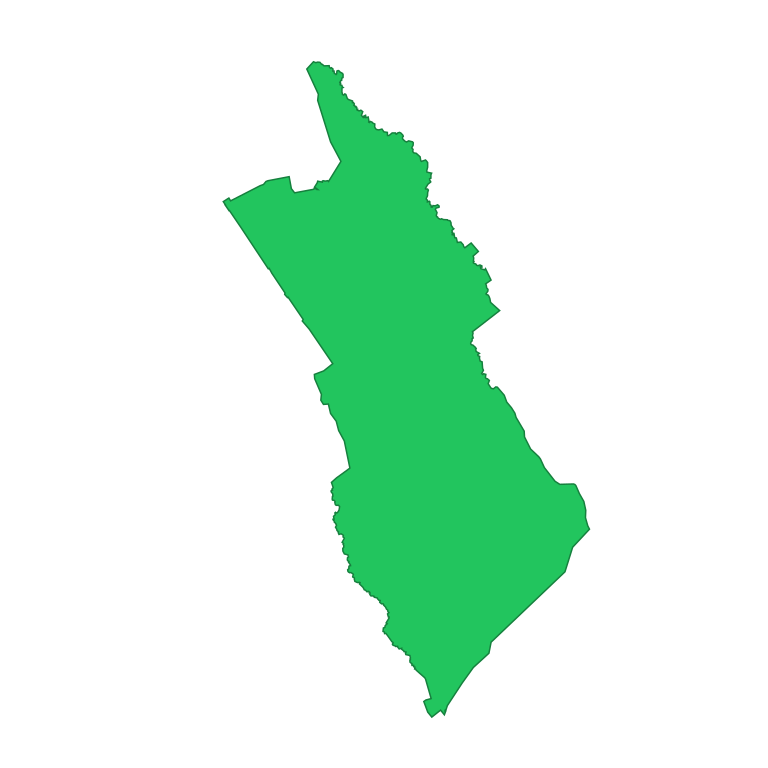 the district of Elejas pag., Jelgava, Latvia, rotated 320°
{"feature_id": "27541924B1906845824135", "entity_name": "Elejas pag.", "entity_type": "district", "adm_level": 2, "iso_a3": "LVA", "parent_name": "Latvia", "parent_adm1": "Jelgava", "projection": "albers", "projection_center": [23.711, 56.427], "detail": "fine", "context": "isolated", "style": "filled", "palette": "green", "viewbox_px": 768, "rotation_deg": 320, "n_neighbors": 0, "source": "geoboundaries", "source_scale": "gbopen_adm2", "svg_char_len": 6164}
<svg xmlns="http://www.w3.org/2000/svg" viewBox="0 0 768 768"><g transform="rotate(320 384 384)"><path d="M217.6,676.2L221.0,674.3L220.5,673.6L221.5,673.1L221.8,673.6L225.8,671.1L251.7,663.3L270.2,658.6L291.3,657.7L300.1,650.6L401.9,644.2L423.6,630.3L448.1,627.3L448.9,623.7L452.4,615.9L457.4,610.4L461.6,602.4L463.2,593.6L465.7,585.1L465.6,583.6L464.9,582.4L454.2,573.9L452.5,568.5L453.1,551.2L455.6,542.1L455.8,539.4L454.5,528.1L457.6,514.9L461.1,510.2L463.7,494.5L465.5,490.5L466.4,484.0L466.4,476.8L468.9,469.9L468.8,459.3L467.8,458.1L464.7,458.0L463.5,456.4L463.4,455.3L464.0,450.7L467.0,449.0L466.6,446.5L465.8,445.4L465.8,444.3L468.2,442.1L466.9,440.2L465.8,440.3L465.5,438.8L469.0,437.4L469.6,435.4L473.4,430.1L472.4,428.2L473.7,425.6L475.0,424.4L474.2,422.7L474.7,421.7L476.8,421.9L475.5,418.4L476.3,416.7L477.4,416.1L477.2,415.4L477.6,415.0L477.1,411.3L476.1,410.0L476.4,408.7L477.5,407.8L479.2,407.6L480.8,405.8L481.9,406.1L483.0,403.7L485.0,402.2L485.3,400.8L519.8,402.1L518.1,390.0L520.0,386.6L520.8,384.2L520.9,382.6L519.9,381.2L520.1,380.5L523.3,379.6L524.5,378.3L524.4,376.4L525.9,374.0L526.2,372.6L532.8,373.2L535.9,360.9L534.5,361.3L532.3,357.9L533.1,356.3L534.1,357.4L534.9,356.4L534.0,354.5L532.0,353.7L531.3,352.6L531.5,351.2L530.3,348.9L530.9,347.9L531.7,347.9L531.7,347.1L533.7,345.2L534.5,343.3L541.5,343.1L541.4,332.0L533.5,331.6L533.4,330.0L534.2,328.2L534.1,324.6L531.2,322.7L533.3,318.6L532.2,317.4L534.4,313.6L534.0,313.2L532.8,314.2L532.2,313.4L533.3,312.7L533.5,311.6L534.0,311.7L534.6,310.1L537.2,310.0L537.0,309.5L537.5,305.6L539.1,303.3L539.5,301.3L538.0,299.5L538.1,298.9L535.2,296.2L534.3,294.4L533.0,294.0L532.1,291.9L532.4,290.4L531.9,289.7L532.4,288.5L534.8,286.8L535.6,283.2L537.0,282.7L539.7,284.0L540.6,283.2L540.3,281.2L537.7,280.4L536.2,278.8L534.7,279.5L533.9,278.9L534.9,277.4L534.6,276.0L536.3,273.7L536.2,273.1L534.3,272.4L535.2,271.4L535.4,270.5L535.1,269.8L535.5,269.1L538.3,267.8L540.5,265.4L542.6,264.0L542.7,262.7L541.2,261.3L541.6,260.7L546.1,259.2L549.6,259.3L549.9,258.9L550.0,257.3L550.9,256.0L552.2,256.5L554.4,253.9L556.0,253.1L553.1,249.3L553.8,248.1L556.8,246.0L559.8,242.4L559.9,240.4L559.8,239.1L555.7,237.5L555.8,236.4L557.7,233.2L557.0,228.0L555.5,226.3L555.4,224.4L557.1,222.9L556.9,221.5L557.2,220.9L559.8,219.8L561.5,218.0L561.5,216.8L559.2,213.6L556.8,213.1L556.1,211.4L555.8,208.1L557.0,206.7L557.9,206.7L558.4,205.7L558.3,202.8L557.7,201.3L556.0,200.5L554.2,200.7L553.8,200.2L554.2,199.1L551.6,196.9L547.7,196.9L546.4,195.9L548.3,193.4L546.0,190.8L546.3,187.4L543.3,186.0L541.9,184.3L541.7,183.1L542.0,181.2L544.1,178.9L543.2,177.1L543.2,175.8L542.3,174.1L540.9,174.3L540.6,173.5L541.6,172.7L543.5,169.3L541.4,168.4L542.6,166.3L540.7,165.8L540.5,167.3L539.4,166.6L539.4,163.7L542.8,161.7L542.3,159.4L540.5,158.8L539.7,157.3L540.3,156.7L539.6,156.3L540.9,154.6L540.5,154.1L540.9,153.5L540.3,153.0L540.5,152.3L540.0,151.2L541.3,150.4L541.5,148.7L540.7,148.2L541.8,146.9L539.5,143.0L539.5,141.5L540.9,137.7L540.5,136.6L538.8,136.8L538.3,135.5L539.1,134.4L539.1,133.7L542.1,130.2L543.3,130.6L543.1,129.7L543.7,128.0L542.7,126.9L543.1,126.0L543.9,126.0L544.3,125.3L544.0,124.6L546.0,123.8L546.7,124.2L548.3,122.6L549.6,122.9L551.6,120.6L551.9,119.5L550.8,116.6L550.9,115.5L550.4,114.4L549.1,114.0L547.1,116.0L546.2,116.1L545.7,113.9L546.9,112.1L546.0,111.4L547.4,109.9L547.0,107.9L545.9,107.6L545.9,106.1L546.6,104.9L542.6,101.8L542.2,99.4L541.7,98.9L541.7,96.4L540.1,94.8L538.3,94.0L537.1,91.8L527.3,93.1L520.0,119.8L515.5,124.1L498.7,164.2L494.1,185.8L471.7,193.2L471.6,192.1L469.5,190.9L468.0,189.1L467.1,189.0L466.5,189.7L463.6,186.0L462.1,187.0L457.4,188.5L458.3,192.5L457.5,191.8L456.9,188.9L455.4,189.7L438.4,180.1L438.6,174.8L444.6,164.2L425.8,153.7L423.8,153.0L419.9,153.7L416.7,152.5L384.2,145.1L384.7,141.8L378.1,141.0L377.7,144.8L377.4,144.7L376.7,151.7L377.1,151.8L375.0,172.4L369.4,221.4L370.4,221.6L369.3,227.0L366.7,250.6L365.5,251.5L365.6,255.8L366.3,255.9L363.6,282.6L361.9,283.2L362.0,293.8L357.8,335.5L346.2,335.2L336.8,331.9L334.3,335.4L329.4,351.7L325.2,355.8L324.5,360.7L328.5,363.6L324.1,372.3L323.5,381.8L319.3,390.6L317.0,402.1L303.8,426.5L287.4,425.4L280.5,425.6L278.5,430.7L276.5,431.1L276.3,432.2L274.7,431.9L274.2,432.8L274.1,435.2L272.7,437.1L272.2,437.0L270.3,438.9L269.9,439.8L271.0,441.1L271.0,442.7L270.2,443.1L269.2,445.1L269.4,446.2L271.2,447.7L271.2,449.4L268.5,451.7L265.8,452.6L264.8,452.4L264.4,451.1L263.5,451.2L262.7,452.8L260.3,452.9L258.9,455.4L258.0,454.8L257.7,455.2L257.7,457.3L257.1,458.0L257.4,459.0L257.1,460.2L257.3,460.5L256.7,461.8L254.8,462.5L254.4,465.1L253.8,466.0L254.1,468.1L253.4,468.4L252.8,470.3L254.9,471.2L255.6,473.8L254.3,474.8L254.6,475.9L254.4,476.7L250.1,478.4L250.5,480.2L249.5,480.7L249.5,481.7L248.2,483.2L246.8,483.4L245.1,485.6L244.4,488.7L246.5,491.7L245.6,493.7L244.4,493.6L242.9,495.1L242.6,495.9L243.0,497.4L242.3,497.7L242.0,501.1L241.6,501.7L240.5,501.0L239.6,501.4L238.4,502.9L236.8,502.9L236.0,504.2L235.9,505.1L236.3,506.4L237.6,507.4L238.2,510.1L236.1,511.5L236.0,512.2L236.6,512.7L236.6,513.7L235.9,514.2L234.8,516.5L236.0,519.0L237.9,520.4L238.0,520.9L236.7,521.4L237.2,526.4L236.6,529.0L237.3,530.1L237.4,532.3L238.7,532.7L239.2,533.9L238.4,534.4L239.0,535.1L237.8,536.2L237.8,538.0L239.3,539.2L239.9,540.3L239.5,540.6L239.6,541.3L241.3,543.5L241.0,544.3L241.1,546.6L241.9,547.4L240.4,548.5L240.8,550.8L242.0,551.8L242.0,552.7L241.6,553.1L241.8,555.9L241.2,558.0L241.5,559.5L240.7,560.9L240.8,562.3L238.9,562.4L237.6,565.3L238.1,565.7L237.5,566.5L232.0,568.4L232.3,569.7L229.7,569.8L228.2,571.0L226.7,570.5L224.2,572.9L224.9,574.2L224.0,575.6L225.2,576.4L224.4,586.6L224.7,587.5L224.6,588.2L223.2,588.7L223.0,589.9L224.2,591.9L224.2,592.6L225.8,593.7L225.4,594.4L225.3,596.7L227.7,597.8L227.0,598.5L227.6,601.2L227.3,601.9L228.6,603.5L227.2,604.3L226.8,605.3L229.3,608.6L228.1,611.0L227.1,611.4L227.0,612.2L226.0,612.5L225.1,613.9L225.6,616.4L224.7,617.1L224.6,617.7L225.8,618.6L225.0,619.7L225.7,620.8L224.3,622.0L225.0,622.6L224.7,624.0L226.4,635.3L226.1,636.9L217.9,655.3L213.0,653.0L210.4,652.8L206.6,663.5L206.5,669.9L217.7,670.2L217.6,676.2Z" fill="#22c55e" stroke="#15803d" stroke-width="1.5"/></g></svg>